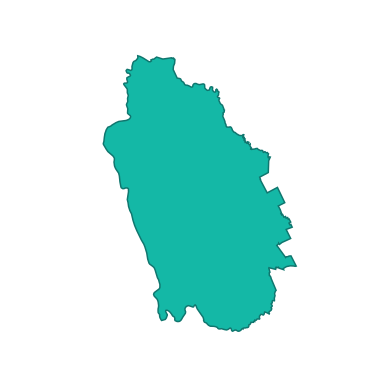 Ignacio de la Llave, Veracruz, Mexico, rotated 153°
{"feature_id": "50627088B21010720100332", "entity_name": "Ignacio de la Llave", "entity_type": "district", "adm_level": 2, "iso_a3": "MEX", "parent_name": "Mexico", "parent_adm1": "Veracruz", "projection": "natural_earth1", "projection_center": [-95.975, 18.656], "detail": "fine", "context": "isolated", "style": "filled", "palette": "teal", "viewbox_px": 384, "rotation_deg": 153, "n_neighbors": 0, "source": "geoboundaries", "source_scale": "gbopen_adm2", "svg_char_len": 5988}
<svg xmlns="http://www.w3.org/2000/svg" viewBox="0 0 384 384"><g transform="rotate(153 192 192)"><path d="M178.6,48.3L178.2,48.6L178.2,49.6L177.6,50.3L175.2,50.7L174.0,51.7L174.0,53.2L173.7,53.4L172.6,53.7L172.1,54.5L172.3,55.9L172.1,56.5L170.8,56.8L170.3,58.0L169.6,58.7L168.6,58.2L168.3,57.7L167.9,57.7L166.8,60.1L165.1,61.9L164.9,62.9L164.4,64.2L162.8,65.7L161.7,66.2L160.8,78.5L160.7,79.6L160.4,80.2L160.7,82.8L160.8,82.8L159.9,84.9L159.0,85.1L158.3,88.1L158.4,88.8L157.8,89.6L152.6,85.1L152.1,85.8L152.1,86.3L151.8,86.5L151.0,86.1L150.9,86.6L149.4,85.4L149.2,85.6L148.9,84.8L149.0,84.6L145.6,81.2L145.5,82.3L143.0,82.6L141.5,82.6L137.9,81.6L135.0,79.9L133.7,78.9L132.8,78.7L132.8,90.1L134.6,90.9L135.6,90.8L137.5,91.5L138.3,91.1L140.7,105.9L138.2,106.6L138.1,106.8L137.9,105.6L134.7,106.2L125.2,105.8L125.1,115.9L118.7,115.2L118.6,118.3L119.7,118.3L119.7,120.3L117.7,120.4L117.8,124.0L118.6,124.0L118.4,125.8L120.0,125.9L119.8,127.7L121.5,127.8L121.5,130.8L122.4,130.7L122.5,132.5L121.9,132.4L121.4,136.4L121.5,140.4L114.2,140.4L113.8,157.3L125.4,157.1L125.6,170.2L125.5,172.3L125.2,172.3L125.0,174.5L115.2,174.7L109.5,185.0L106.4,187.6L107.6,188.5L108.4,188.1L108.4,188.5L107.9,189.7L106.5,191.3L106.8,191.8L106.9,192.9L107.9,193.2L108.3,193.7L108.7,194.8L109.2,194.9L110.1,194.7L110.4,194.9L110.3,196.9L111.1,197.5L112.3,197.9L112.8,198.8L113.6,199.7L114.1,201.2L115.3,201.7L116.4,201.8L119.8,203.0L120.3,203.6L119.9,204.1L119.1,204.2L119.4,206.2L119.1,207.6L118.4,208.0L118.3,208.3L119.3,208.2L119.5,208.3L119.9,210.2L119.6,210.6L118.9,210.6L119.6,211.5L119.8,211.4L120.0,210.7L120.3,210.4L120.8,210.4L121.2,210.8L121.4,212.1L122.1,212.2L122.0,212.6L121.3,212.9L121.9,214.0L121.3,214.0L121.1,214.3L121.7,214.9L121.7,215.1L120.9,215.4L121.6,216.0L121.6,216.3L120.9,216.2L120.8,216.5L121.8,216.8L122.0,217.5L121.8,217.8L121.0,217.8L120.6,218.3L120.8,219.2L120.6,219.4L119.9,219.5L120.0,219.7L120.4,219.9L120.9,219.8L121.1,219.3L121.4,219.1L122.0,219.7L123.5,220.5L124.6,221.5L124.9,222.3L125.3,222.6L126.8,225.8L127.4,226.1L128.0,228.8L127.8,229.2L127.7,231.2L127.8,231.9L128.5,232.8L129.3,232.8L131.4,234.0L131.6,234.5L131.7,235.1L131.2,236.5L131.1,238.9L130.7,239.7L130.5,241.1L130.2,245.6L128.7,247.3L128.6,248.1L128.4,248.4L127.1,248.6L125.9,250.3L126.3,251.0L125.9,251.6L125.5,255.5L126.4,257.2L126.6,258.3L126.5,261.2L126.2,261.9L124.8,263.0L125.0,263.6L125.7,264.2L126.1,264.8L126.1,265.3L125.7,265.7L124.3,266.4L123.5,267.9L122.6,268.8L123.3,270.4L123.0,271.3L123.2,272.2L123.4,272.5L124.3,272.3L125.3,270.6L126.0,270.5L126.5,270.7L127.1,271.5L127.5,273.2L127.2,274.1L126.4,275.2L126.1,276.0L126.6,276.7L127.4,277.1L128.3,277.0L130.1,275.2L130.5,275.0L132.2,275.6L132.8,276.7L133.4,278.8L132.1,281.8L132.4,282.8L133.1,283.3L136.7,284.3L138.0,285.4L139.1,286.8L140.2,287.4L141.2,287.5L142.0,287.2L142.4,287.0L143.7,285.5L145.0,285.7L146.7,288.2L148.0,289.5L148.9,289.9L149.5,290.6L149.7,291.2L149.7,293.5L150.9,295.7L150.8,297.7L151.1,298.3L151.6,298.8L153.5,300.2L153.2,308.5L153.2,309.6L151.4,312.5L149.1,314.5L147.3,317.4L147.1,317.9L147.3,318.6L147.8,318.7L148.0,319.3L147.7,319.7L148.0,320.1L148.6,320.0L149.2,320.2L149.4,320.9L157.6,323.7L162.3,328.3L165.9,327.7L166.6,328.2L168.7,328.3L168.7,327.2L169.9,327.0L171.1,327.5L174.8,333.7L176.7,336.3L178.5,338.0L179.2,336.3L179.9,335.7L182.2,334.7L184.7,334.7L185.9,334.0L188.5,331.1L189.6,328.7L190.3,328.2L191.4,328.1L192.9,329.7L194.1,330.7L195.5,330.2L195.8,329.3L195.8,327.9L195.6,327.3L194.3,326.5L193.8,325.3L193.8,324.0L194.0,323.7L194.6,323.4L198.0,323.4L198.8,322.3L199.4,319.4L199.9,318.8L201.1,318.8L202.5,319.6L203.3,319.6L203.8,319.3L203.9,318.5L203.0,313.4L203.2,312.5L204.6,309.7L204.8,307.5L205.1,306.7L206.9,304.7L208.2,301.7L210.6,299.8L211.0,298.8L211.4,295.4L213.6,291.6L213.5,290.7L212.3,288.0L212.5,286.9L213.2,286.2L214.2,285.6L215.7,285.4L218.1,285.6L225.2,288.1L228.2,288.3L232.7,288.0L234.6,287.6L237.6,287.9L240.1,286.4L243.1,283.5L245.3,280.5L247.5,277.1L249.0,275.5L249.3,274.6L249.0,269.2L248.7,267.0L248.6,266.2L246.1,260.1L245.8,258.1L245.9,257.2L246.7,255.7L247.9,254.1L249.2,250.4L249.4,248.4L249.4,247.0L248.8,242.1L249.4,239.4L251.6,233.7L253.0,228.9L253.1,227.9L252.2,226.4L251.2,225.9L249.5,225.8L248.4,225.3L247.6,224.7L247.2,223.7L248.5,221.0L253.1,214.6L253.8,211.6L255.1,207.9L255.8,203.7L255.8,200.0L257.4,193.6L258.3,188.2L258.7,182.7L258.9,172.4L258.6,167.3L258.9,164.3L260.0,158.2L261.9,152.4L262.6,148.1L262.4,146.9L260.8,143.7L260.1,141.9L260.2,139.6L261.7,131.3L261.6,129.0L262.6,124.1L263.9,121.6L264.9,120.7L266.2,120.4L271.2,119.5L272.3,118.7L272.8,118.0L272.9,116.2L272.2,114.0L271.7,112.0L272.0,109.6L273.2,106.2L274.0,104.8L275.3,103.2L276.3,101.3L276.9,99.8L276.5,97.6L277.2,96.1L277.6,94.6L277.6,92.0L277.4,91.3L273.7,90.6L272.1,91.4L269.9,93.5L269.7,94.0L269.8,96.3L269.7,97.6L269.0,98.4L268.5,98.3L267.6,97.7L266.7,96.4L266.2,95.1L265.7,92.9L265.5,90.3L264.6,88.9L264.5,88.5L264.7,87.1L265.4,85.9L265.4,85.0L264.1,83.4L262.5,82.6L261.6,82.4L259.7,82.9L257.0,84.7L253.0,86.9L252.1,88.1L251.8,90.0L251.4,91.0L250.9,91.6L249.1,92.6L247.0,92.5L246.0,91.7L243.3,89.0L242.6,89.0L241.5,89.8L240.5,90.0L240.1,89.1L240.4,85.6L239.0,75.2L239.5,72.9L239.9,72.5L240.1,71.1L240.0,70.4L238.5,68.5L238.4,67.6L237.8,65.8L236.7,64.2L233.4,62.3L232.0,61.2L230.9,59.8L230.8,58.7L230.3,57.9L229.3,57.3L227.9,56.9L225.4,54.6L223.8,53.4L222.4,53.2L219.8,53.5L219.3,53.1L219.2,52.3L219.5,50.8L219.3,49.8L218.9,49.5L216.5,49.5L215.5,49.0L214.3,47.2L213.8,46.9L213.1,46.6L211.5,46.6L209.4,47.4L209.0,47.4L208.7,46.8L208.2,47.3L207.8,47.3L207.1,47.1L205.8,46.5L205.1,46.5L204.4,46.1L203.2,46.0L202.6,46.3L201.6,47.8L200.7,47.6L199.5,48.2L198.7,49.1L196.4,48.0L195.9,48.6L194.9,48.1L194.8,48.9L194.3,49.4L193.3,48.7L192.7,48.7L191.9,49.2L191.4,49.2L190.3,48.7L189.9,48.2L189.4,48.2L189.1,48.5L189.0,49.4L188.2,50.8L186.2,51.7L185.5,51.3L184.8,50.7L184.6,50.2L184.1,50.0L183.0,50.6L182.0,51.9L181.6,52.1L179.8,50.1L178.6,48.3Z" fill="#14b8a6" stroke="#0f766e" stroke-width="1.5"/></g></svg>